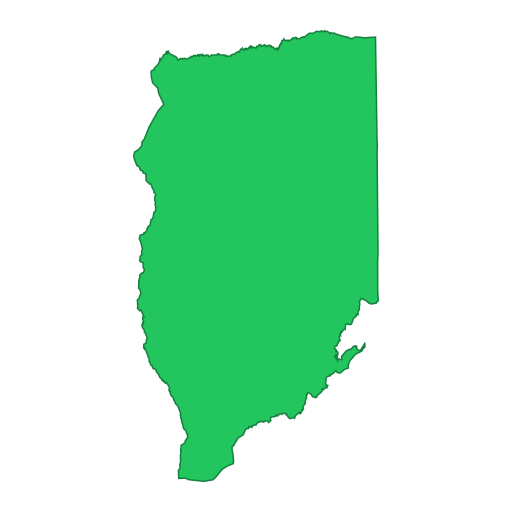 Meatu, Simiyu, United Republic of Tanzania
{"feature_id": "72390352B64411652351957", "entity_name": "Meatu", "entity_type": "district", "adm_level": 2, "iso_a3": "TZA", "parent_name": "United Republic of Tanzania", "parent_adm1": "Simiyu", "projection": "equal_earth", "projection_center": [34.38, -3.507], "detail": "fine", "context": "isolated", "style": "filled", "palette": "green", "viewbox_px": 512, "rotation_deg": 0, "n_neighbors": 0, "source": "geoboundaries", "source_scale": "gbopen_adm2", "svg_char_len": 5964}
<svg xmlns="http://www.w3.org/2000/svg" viewBox="0 0 512 512"><path d="M348.2,368.1L348.5,364.3L349.7,361.0L355.4,354.3L361.7,351.1L363.4,348.1L364.8,347.3L364.9,344.0L364.7,343.5L360.3,350.7L357.9,349.9L356.2,347.8L356.8,346.5L355.9,345.8L353.4,346.4L350.5,349.7L349.7,349.3L346.4,350.7L341.7,356.3L341.5,357.4L342.1,358.9L341.2,359.9L339.1,358.9L338.3,359.2L337.5,360.6L337.3,357.5L336.5,357.3L336.2,358.7L335.7,358.3L335.4,356.3L334.8,356.1L335.3,355.2L336.6,354.9L336.8,356.9L337.8,354.7L337.9,352.7L337.5,351.6L335.9,351.7L336.4,350.3L334.4,347.9L335.0,346.4L336.9,345.8L337.7,343.1L338.6,342.7L338.8,341.1L340.1,340.6L339.1,336.7L340.0,335.5L340.5,335.7L339.9,334.0L340.9,333.5L340.9,331.6L341.2,331.3L341.6,332.4L343.6,329.5L345.1,329.5L345.5,325.2L346.3,324.0L350.2,324.6L351.5,324.0L353.6,318.3L356.1,316.3L356.4,314.4L358.0,314.8L358.1,311.9L359.4,309.3L359.4,306.0L359.8,304.8L359.5,301.6L361.3,298.5L366.1,300.6L369.0,303.2L371.3,304.0L376.2,303.1L377.5,301.1L378.3,300.9L377.7,290.7L377.6,262.1L378.0,254.0L377.1,150.5L377.4,145.5L377.0,139.3L375.5,37.1L364.4,37.8L356.7,36.9L354.7,37.2L352.5,38.6L350.1,38.4L348.0,37.1L344.4,36.6L335.2,33.8L334.4,33.0L332.7,33.4L330.9,32.7L330.2,33.6L327.3,31.3L325.9,31.5L324.5,30.8L324.4,31.5L323.0,31.6L321.4,30.7L320.6,31.7L316.4,31.3L313.8,33.1L309.1,33.3L303.9,37.4L303.2,36.8L302.0,37.1L299.6,38.7L296.4,38.8L296.0,38.0L296.4,37.5L296.0,37.3L293.5,38.0L293.0,38.9L292.5,38.2L289.4,41.1L288.4,40.2L287.7,40.9L287.0,40.2L285.1,40.7L283.9,39.0L283.7,39.9L281.9,40.6L282.2,41.7L280.6,43.5L281.0,44.7L280.1,44.7L279.4,45.6L279.6,46.9L278.9,47.2L278.5,49.1L278.0,48.2L276.9,49.6L276.6,48.2L274.8,48.9L273.1,47.0L271.7,47.0L271.0,45.7L270.0,46.3L269.2,45.1L266.3,46.7L266.0,45.7L265.3,45.9L264.7,44.7L261.5,46.4L260.8,46.1L260.8,44.9L259.9,45.4L259.2,44.7L257.8,46.5L256.8,46.3L255.9,48.3L254.3,47.3L252.6,47.5L251.9,46.7L251.9,47.5L251.4,47.8L251.0,47.0L250.8,47.8L250.1,47.4L250.2,46.4L249.0,47.3L248.6,48.7L247.3,48.5L246.5,49.4L246.2,48.4L244.9,48.5L244.8,49.6L243.7,50.2L242.4,48.2L242.0,49.3L240.7,49.1L239.3,52.0L238.5,51.5L235.5,53.0L235.0,54.0L231.7,54.6L231.1,56.1L230.6,55.6L229.3,56.3L226.8,56.2L226.4,55.6L225.9,56.4L225.2,55.3L223.2,54.9L220.4,55.2L218.7,53.7L217.3,54.2L217.2,55.0L211.4,55.0L209.8,56.6L208.9,56.4L208.3,55.3L207.1,55.6L206.8,54.9L204.2,55.9L203.0,54.7L202.6,55.7L201.9,54.5L200.4,54.6L199.6,55.9L199.1,54.8L198.2,54.6L197.5,55.1L197.9,55.6L196.5,56.1L195.7,55.4L194.0,56.0L193.6,55.4L192.0,57.3L190.8,56.4L190.1,58.0L188.7,58.0L186.1,59.4L184.6,58.2L182.8,59.1L182.5,58.5L181.4,59.0L180.6,58.4L178.3,60.3L177.7,59.8L177.5,58.5L175.8,56.7L169.8,53.8L168.3,51.4L167.7,52.9L167.2,51.5L166.1,51.8L166.8,53.7L165.8,53.4L164.8,54.5L163.6,54.8L162.2,57.9L161.0,59.3L160.4,58.8L160.5,59.3L159.7,59.4L160.1,60.7L159.4,61.0L159.5,61.8L157.7,64.8L154.2,68.4L154.2,69.7L151.2,71.0L151.1,72.3L151.4,77.3L152.6,82.8L157.8,88.0L158.7,93.4L163.8,104.3L158.1,110.9L149.0,127.2L144.3,139.1L141.9,142.1L141.9,145.0L140.8,147.2L137.2,150.5L134.6,152.0L133.7,155.7L133.9,157.7L136.8,165.4L139.5,167.2L140.0,169.5L140.9,170.4L142.4,170.7L143.2,173.0L145.2,173.3L146.0,175.2L146.0,180.3L147.6,182.3L148.7,182.7L149.3,184.0L151.0,184.0L152.7,189.0L154.0,190.4L153.9,192.3L155.8,194.2L154.6,197.6L154.9,200.9L155.6,202.1L155.0,204.6L155.8,206.6L155.5,211.2L153.8,212.4L153.1,217.4L152.0,219.3L151.0,219.6L150.1,225.0L147.6,227.2L146.6,230.7L145.3,232.5L144.1,232.5L143.6,234.2L140.2,235.1L139.2,238.7L140.9,242.3L142.4,249.0L141.5,252.1L141.9,254.5L140.2,256.3L139.7,260.5L140.5,261.8L143.1,262.8L143.3,268.0L144.5,269.7L143.3,273.0L142.2,272.8L139.7,275.0L140.0,276.3L138.8,280.6L138.6,288.3L139.7,289.0L140.9,292.9L138.9,298.4L137.3,300.0L137.8,306.8L137.4,308.2L139.8,310.8L140.4,310.1L141.1,310.4L144.1,317.0L142.7,317.1L142.8,319.9L143.7,320.6L142.9,322.3L143.3,322.4L143.5,323.7L143.0,324.1L142.6,323.3L141.9,325.5L142.5,327.5L144.4,330.3L144.4,332.3L145.2,332.9L147.3,337.7L146.7,338.8L146.0,343.2L143.8,344.3L143.7,347.6L144.9,348.0L144.2,348.7L146.5,351.5L146.5,352.8L147.3,353.7L148.1,357.0L148.9,357.6L149.3,362.0L150.2,362.8L150.6,365.0L152.4,366.1L152.5,367.5L153.4,368.8L154.9,368.8L156.4,370.6L156.4,371.7L158.3,374.0L159.9,377.5L161.7,379.0L161.8,380.0L162.7,380.8L163.4,380.2L164.1,382.1L164.7,381.9L165.5,383.2L166.4,382.4L169.5,387.5L168.9,390.2L169.7,391.7L170.3,391.7L170.3,394.1L172.0,396.7L173.2,397.2L173.7,399.9L174.4,400.5L175.4,403.6L178.0,406.0L180.7,413.8L180.2,415.0L181.0,416.1L180.7,418.0L181.6,419.2L181.6,421.5L183.2,425.9L183.2,427.3L183.9,428.9L186.0,431.0L186.7,433.4L187.6,434.3L187.2,434.9L187.9,436.9L185.2,440.8L185.2,442.6L181.1,445.4L181.1,448.3L180.6,449.3L181.0,453.4L180.4,454.6L180.6,461.8L179.7,464.7L180.1,466.8L179.7,468.7L178.4,470.5L178.7,478.4L185.5,478.2L188.4,479.6L203.7,481.3L212.9,479.8L215.8,477.1L222.2,469.3L227.2,466.0L233.2,463.7L233.6,461.2L233.0,454.3L232.1,450.6L232.1,446.6L234.1,445.2L235.1,442.4L236.6,440.7L237.7,438.2L243.1,434.9L245.9,429.0L248.4,428.4L248.7,427.0L249.6,427.4L250.5,426.2L251.9,427.4L252.7,425.6L254.9,424.8L255.9,425.1L257.4,422.4L258.6,422.6L259.9,421.3L261.4,421.8L262.5,421.4L263.8,422.1L265.2,420.9L267.2,420.9L268.7,422.5L270.8,420.7L270.4,418.6L271.0,417.0L275.0,416.6L276.3,415.0L276.8,415.9L278.1,415.8L279.4,413.9L280.4,413.6L281.7,414.4L282.3,413.6L285.8,413.4L286.2,414.8L286.8,414.5L288.2,417.2L289.9,418.6L293.5,417.7L294.5,418.3L295.4,415.8L298.6,412.9L299.8,413.4L299.7,412.8L300.5,413.6L301.7,411.6L301.9,410.0L302.6,410.2L303.5,409.1L303.0,407.3L303.3,406.1L305.2,403.5L305.2,401.4L306.6,397.2L306.3,395.0L307.0,394.9L307.6,392.8L309.5,393.2L311.2,394.4L312.4,396.6L315.5,397.6L316.8,397.1L316.6,396.1L322.0,391.4L321.8,389.2L322.4,388.7L323.7,389.7L325.4,387.2L326.8,388.0L327.8,385.4L325.6,384.6L326.2,377.4L328.3,376.0L329.5,376.2L330.0,375.0L330.4,375.4L331.6,374.1L333.0,373.7L335.7,370.7L337.2,372.5L340.1,373.1L344.7,369.2L348.2,368.1Z" fill="#22c55e" stroke="#15803d" stroke-width="1.5"/></svg>